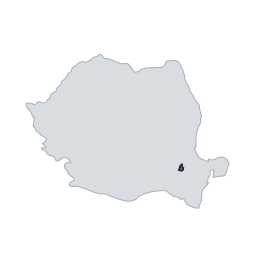 location of Insuratei, Braila, Romania, rotated 7°
{"feature_id": "2599482B22032457967395", "entity_name": "Insuratei", "entity_type": "district", "adm_level": 2, "iso_a3": "ROU", "parent_name": "Romania", "parent_adm1": "Braila", "projection": "orthographic", "projection_center": [27.625, 44.95], "detail": "fine", "context": "in_parent", "style": "filled", "palette": "slate", "viewbox_px": 256, "rotation_deg": 7, "n_neighbors": 0, "source": "geoboundaries", "source_scale": "gbopen_adm2", "svg_char_len": 4439}
<svg xmlns="http://www.w3.org/2000/svg" viewBox="0 0 256 256"><g transform="rotate(7 128 128)"><path d="M199.1,144.7L201.4,148.0L204.4,149.7L211.4,151.5L212.0,151.3L212.1,150.9L211.6,150.5L211.5,149.8L211.8,149.1L212.8,149.0L214.4,149.7L217.3,148.7L221.7,146.0L225.7,145.3L229.4,146.8L231.3,148.6L232.5,150.3L232.2,152.4L232.0,153.7L231.2,159.2L230.6,161.3L229.5,163.6L218.1,166.6L218.8,165.2L218.5,162.9L218.0,161.2L219.0,159.6L216.4,159.1L215.3,160.0L214.5,161.5L215.3,164.9L214.1,166.9L213.6,168.0L213.6,170.5L212.9,171.6L212.7,172.8L214.6,172.4L213.8,174.6L210.4,178.9L209.2,181.4L209.6,191.3L208.1,197.3L208.0,199.0L204.3,199.1L203.2,199.0L199.7,198.1L195.7,196.6L193.4,193.5L191.9,191.4L188.5,192.4L187.9,192.1L187.0,191.0L184.5,190.3L181.4,190.3L174.4,186.3L173.6,185.6L168.2,186.2L160.0,188.1L153.7,190.5L147.1,194.7L144.4,197.9L141.3,199.6L137.0,200.8L129.2,200.1L121.2,198.2L112.6,196.1L107.9,196.9L101.6,195.8L92.1,193.3L85.1,192.2L78.0,193.1L76.9,192.1L76.7,191.0L77.0,189.4L78.1,188.2L79.8,187.4L80.8,186.5L80.9,185.5L79.1,183.8L75.4,181.4L73.9,180.0L73.5,179.6L73.5,178.4L72.7,177.4L71.3,176.6L70.2,175.3L69.5,173.4L69.8,171.7L71.0,170.2L72.6,169.6L74.4,169.9L75.2,169.5L74.9,168.3L73.2,166.8L70.1,164.8L66.7,165.6L63.1,169.0L60.6,169.4L59.3,166.9L56.8,165.2L53.0,164.5L50.7,163.4L49.9,161.9L48.4,160.6L44.8,159.2L44.8,158.1L45.4,157.9L46.7,157.9L48.5,157.7L48.8,157.1L48.9,156.6L47.6,155.7L46.2,155.1L45.5,154.6L45.1,154.0L45.1,153.4L45.5,153.0L46.1,153.0L46.6,152.7L47.1,151.4L47.9,150.4L48.4,150.0L48.5,149.2L48.0,148.4L47.3,147.7L46.2,147.2L42.8,145.8L41.2,144.1L40.1,143.9L38.5,142.9L36.8,141.4L35.4,139.2L33.8,137.8L33.4,137.3L33.4,136.8L33.8,136.2L33.8,135.6L33.5,133.7L34.0,131.6L34.1,129.7L34.1,128.8L33.8,128.6L33.5,128.8L33.1,129.2L32.7,129.2L31.5,127.7L30.2,124.7L29.2,123.6L27.3,122.1L25.6,120.9L24.6,118.4L23.5,116.4L24.4,115.7L29.4,115.1L31.7,116.4L32.7,116.1L33.8,115.3L34.4,114.7L34.6,113.9L35.2,113.1L36.9,112.8L41.3,113.7L43.2,112.6L43.9,111.9L44.4,110.4L45.0,109.2L46.6,108.7L46.7,107.6L46.6,106.3L47.7,103.7L48.3,102.6L49.3,102.3L50.4,101.5L52.4,99.8L52.1,98.3L52.6,97.1L54.7,94.5L56.4,91.9L56.5,90.5L56.8,89.3L58.2,88.1L59.7,86.5L61.9,81.4L62.6,80.5L63.9,79.6L64.8,78.7L65.2,75.2L66.1,74.3L67.7,73.3L69.4,71.6L70.8,69.5L71.9,68.6L73.2,68.4L74.7,67.7L76.3,67.4L77.8,68.0L78.7,67.8L80.3,66.8L84.2,63.2L84.8,62.4L85.6,61.9L88.7,60.7L89.6,59.4L90.7,58.3L92.0,58.4L96.2,61.7L100.9,61.7L101.7,61.9L102.0,62.0L102.6,62.2L108.7,64.0L109.7,63.9L110.0,63.8L112.4,65.1L114.6,65.0L116.8,64.3L119.0,64.1L121.0,64.7L122.5,66.4L126.3,70.3L127.5,71.7L129.3,71.5L131.3,70.9L133.5,68.5L139.8,65.9L144.7,65.3L149.4,64.3L154.8,63.6L156.4,61.4L157.3,59.8L157.9,57.0L160.9,56.2L163.6,55.6L164.6,55.3L166.6,55.2L168.2,55.5L170.6,56.9L172.3,58.7L172.9,60.1L174.3,62.1L175.9,65.0L177.5,68.7L177.9,70.6L178.5,72.6L179.8,75.1L182.2,77.9L182.5,78.4L183.6,80.4L185.7,84.7L187.5,86.4L189.0,88.2L189.8,90.1L190.9,91.8L193.5,94.1L195.6,96.1L197.4,102.1L198.6,104.8L199.4,106.9L199.0,111.1L199.5,112.9L198.6,116.2L196.8,122.9L196.4,128.1L196.8,131.0L196.8,132.8L197.3,134.0L197.7,136.4L197.8,138.5L197.2,139.1L196.3,139.6L196.0,140.0L196.8,141.0L197.9,142.7L199.1,144.7Z" fill="#d9dde1" stroke="#a8b0b8" stroke-width="1"/><path d="M186.6,163.7L186.8,163.6L187.0,163.6L187.2,163.3L187.3,163.3L187.5,163.3L187.7,163.2L187.7,162.9L187.7,162.7L187.8,162.6L187.9,162.4L187.8,162.2L187.8,162.3L187.7,162.3L187.7,162.2L187.8,162.0L187.8,161.9L187.6,161.8L187.4,161.7L187.2,161.5L187.3,161.4L187.3,161.2L187.5,161.0L187.6,160.9L187.8,160.6L187.5,160.4L187.3,160.3L187.2,160.3L186.8,160.1L186.7,160.0L186.3,159.9L186.3,159.7L186.3,159.4L186.3,159.2L186.3,158.7L186.3,158.4L186.3,158.2L186.3,157.9L186.3,157.5L186.3,157.4L186.2,157.4L185.9,157.4L185.7,157.4L185.5,157.5L185.3,157.8L185.2,158.0L185.1,158.3L185.0,158.5L184.9,158.6L184.8,158.8L184.7,158.9L184.7,159.0L184.4,159.5L184.4,159.8L184.3,160.0L184.2,160.2L183.9,160.2L183.9,160.3L183.9,160.5L184.1,160.8L184.3,160.8L184.5,160.8L184.6,161.0L184.4,161.2L184.4,161.3L184.3,161.5L184.2,161.5L184.2,161.8L184.1,162.0L183.8,162.5L183.7,162.8L183.6,163.0L183.5,163.3L183.4,163.2L183.3,163.4L183.4,163.5L183.5,163.5L184.0,163.8L184.3,164.0L184.2,164.0L184.3,164.0L184.5,164.0L184.9,164.0L185.0,164.0L185.2,163.9L185.3,163.8L185.6,163.9L185.7,164.0L185.8,164.0L186.0,164.0L186.0,163.8L186.0,163.7L186.3,163.6L186.5,163.7L186.6,163.7Z" fill="#64748b" stroke="#1e293b" stroke-width="1.5"/></g></svg>